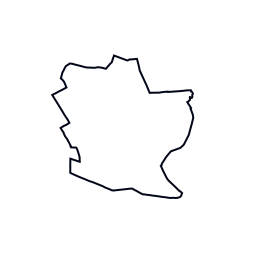 Viļaka, Vilakas, Latvia, rotated 55°
{"feature_id": "27541924B91714701544893", "entity_name": "Viļaka", "entity_type": "district", "adm_level": 2, "iso_a3": "LVA", "parent_name": "Latvia", "parent_adm1": "Vilakas", "projection": "natural_earth1", "projection_center": [27.684, 57.187], "detail": "fine", "context": "isolated", "style": "outline", "palette": "ink", "viewbox_px": 256, "rotation_deg": 55, "n_neighbors": 0, "source": "geoboundaries", "source_scale": "gbopen_adm2", "svg_char_len": 3253}
<svg xmlns="http://www.w3.org/2000/svg" viewBox="0 0 256 256"><g transform="rotate(55 128 128)"><path d="M169.8,176.8L169.9,176.7L170.1,176.5L170.3,176.3L170.5,176.1L170.7,175.9L170.9,175.8L171.5,174.6L173.8,170.4L176.1,166.2L177.2,164.2L178.3,162.1L179.1,160.8L179.9,159.5L180.0,159.4L180.7,158.9L181.8,158.5L184.7,157.0L186.4,156.2L189.2,154.8L190.6,154.1L192.2,152.2L193.3,151.1L194.1,150.2L195.9,148.2L197.2,146.9L200.6,143.1L203.7,139.9L205.9,137.4L208.7,134.5L209.5,133.5L210.0,132.9L210.4,132.2L210.7,131.5L211.6,130.5L212.5,129.3L213.6,127.7L213.7,127.4L213.8,126.9L214.3,125.3L214.2,124.1L214.1,123.5L213.2,122.2L212.7,121.7L212.3,121.0L211.8,121.1L211.3,121.2L210.7,121.3L210.1,121.5L209.9,121.6L209.4,121.8L209.2,121.9L208.9,122.0L208.5,122.2L207.8,122.3L207.1,122.4L205.9,122.6L201.1,123.5L198.9,124.0L194.8,124.8L194.4,124.9L193.1,125.0L191.6,125.0L191.2,124.9L190.8,124.9L190.2,124.9L189.9,124.8L187.9,124.5L184.5,124.0L182.1,123.6L177.8,122.8L177.8,122.6L177.8,121.9L176.7,120.8L173.6,113.3L171.7,106.3L174.3,96.5L174.0,94.1L173.6,91.7L171.1,87.0L168.6,82.3L160.7,72.8L159.8,71.8L157.1,68.7L154.5,67.4L152.1,66.7L147.9,65.6L147.8,64.9L147.5,64.9L141.0,64.6L140.8,64.6L140.8,63.5L140.8,63.0L140.7,62.2L140.6,61.6L140.5,61.2L140.2,60.9L139.8,60.5L139.2,60.2L138.6,59.9L138.3,59.7L138.2,59.6L138.3,59.5L138.5,59.3L138.8,59.1L139.3,58.9L139.6,58.7L139.8,58.7L139.9,58.4L139.7,58.0L139.4,57.5L139.1,57.2L138.0,56.5L137.5,56.1L137.4,55.8L137.3,55.4L137.0,55.1L136.8,55.0L136.0,54.9L135.2,54.9L134.8,55.0L134.4,55.0L134.2,55.1L134.1,55.3L133.2,54.9L131.3,57.6L127.2,65.0L124.8,68.9L122.6,72.6L121.3,74.8L121.1,74.8L120.9,74.7L119.4,77.3L118.0,79.9L117.5,81.0L117.0,82.1L112.6,88.5L111.7,90.1L103.5,88.3L90.2,85.9L89.8,85.8L87.9,85.5L82.7,83.3L76.5,81.0L73.2,86.9L72.8,87.1L72.5,89.2L72.4,89.6L71.8,90.2L60.6,97.9L64.9,103.7L65.1,105.2L65.1,105.5L66.2,109.7L66.8,112.1L66.5,112.4L63.4,115.0L61.0,117.7L59.5,120.9L57.5,123.5L56.9,124.3L54.6,127.3L51.3,130.2L49.7,131.5L46.6,134.2L43.5,136.8L42.8,137.5L42.2,138.2L42.0,138.4L41.8,138.6L41.8,138.8L41.8,139.0L41.8,140.5L41.7,141.9L41.7,142.7L41.7,143.5L42.5,145.2L43.4,146.9L43.5,147.0L44.3,148.6L45.1,150.1L45.6,150.7L46.1,151.3L48.6,154.1L48.9,154.6L50.2,154.2L51.0,154.1L51.6,154.0L52.4,153.9L52.9,153.9L54.8,154.1L55.7,154.3L59.5,155.2L59.1,159.0L58.8,160.7L58.6,162.9L58.5,163.1L58.3,164.8L58.2,166.1L58.0,167.5L57.7,169.4L57.5,171.1L60.9,171.3L64.3,171.5L64.8,171.5L65.2,171.5L70.1,171.8L75.0,172.1L76.5,172.2L78.1,172.3L78.9,172.4L79.7,172.4L82.3,172.6L86.2,172.6L90.2,173.1L90.0,176.9L89.5,179.2L89.3,183.2L91.2,183.3L92.9,183.4L94.7,183.3L95.4,183.7L96.5,183.9L97.2,184.0L97.7,184.1L98.1,184.2L98.5,184.2L98.9,184.3L99.5,184.3L100.1,184.3L100.6,184.3L100.9,184.3L101.0,184.3L101.2,184.2L102.1,184.2L105.4,184.6L108.7,185.0L108.8,185.1L110.3,185.3L110.3,185.6L110.8,185.6L111.3,185.7L112.8,183.7L114.3,181.7L114.9,181.6L115.3,181.7L116.1,181.9L116.9,182.0L120.4,183.1L124.0,184.3L126.0,185.6L128.0,186.9L127.9,187.0L120.1,192.8L124.2,195.8L126.9,197.7L127.1,197.8L131.5,201.0L133.1,200.2L139.8,196.2L145.9,192.2L149.2,190.2L150.5,189.2L151.8,188.2L156.5,185.1L161.3,182.0L162.5,181.4L163.7,180.8L166.7,178.8L169.8,176.9L169.8,176.8Z" fill="none" stroke="#020617" stroke-width="2"/></g></svg>